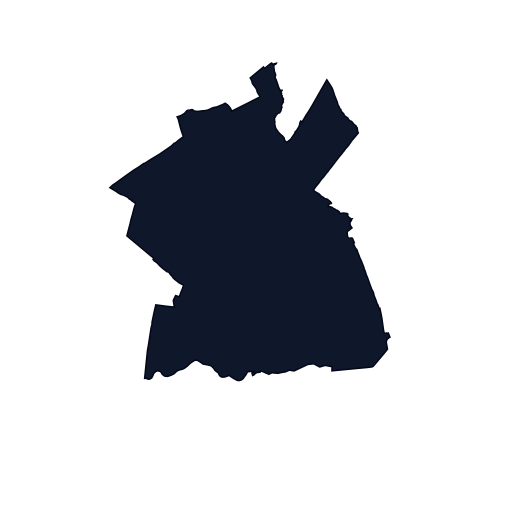 Buhusi, Neamt, Romania, rotated 323°
{"feature_id": "2599482B92541433330507", "entity_name": "Buhusi", "entity_type": "district", "adm_level": 2, "iso_a3": "ROU", "parent_name": "Romania", "parent_adm1": "Neamt", "projection": "natural_earth1", "projection_center": [26.718, 46.731], "detail": "fine", "context": "isolated", "style": "filled", "palette": "ink", "viewbox_px": 512, "rotation_deg": 323, "n_neighbors": 0, "source": "geoboundaries", "source_scale": "gbopen_adm2", "svg_char_len": 6143}
<svg xmlns="http://www.w3.org/2000/svg" viewBox="0 0 512 512"><g transform="rotate(323 256 256)"><path d="M314.1,401.5L315.3,397.1L314.4,396.7L313.7,395.9L312.0,395.4L312.5,393.5L314.0,390.6L319.0,381.6L321.0,377.6L323.5,372.2L322.7,371.8L323.1,371.0L324.0,368.1L323.7,367.9L324.9,364.5L326.6,358.4L327.0,357.3L327.5,356.7L328.2,354.0L328.4,352.2L330.4,345.6L332.1,340.2L332.7,337.7L334.2,333.4L334.7,331.3L335.3,330.1L336.8,324.7L337.4,322.3L337.8,320.2L338.0,319.5L338.8,316.9L339.0,316.0L340.4,311.4L340.2,310.1L340.3,308.7L341.4,304.2L342.5,304.6L343.7,300.0L343.6,299.6L343.3,299.2L342.0,298.4L341.3,298.1L340.9,297.9L340.7,297.3L340.7,296.4L340.9,295.5L341.3,294.7L342.1,293.4L343.3,291.7L343.9,291.5L344.6,291.3L345.2,291.5L349.6,291.3L349.6,290.0L349.7,289.5L349.6,288.8L349.9,287.9L350.9,286.2L351.6,285.7L351.7,285.3L351.8,285.2L352.0,285.4L352.4,285.0L353.0,284.8L353.1,285.2L353.5,285.1L354.2,284.4L355.1,284.1L354.0,283.4L353.8,283.0L354.0,282.3L353.7,281.9L353.4,280.1L353.4,279.4L353.6,278.9L354.5,277.9L354.6,277.4L354.2,276.7L351.7,274.3L350.6,273.6L349.8,273.3L349.4,273.0L348.8,272.8L348.6,272.4L349.0,271.4L349.0,270.5L348.7,269.6L348.7,268.9L348.4,268.4L348.1,268.2L347.7,267.6L347.3,266.2L346.6,264.6L346.1,264.3L346.1,263.7L346.2,263.2L344.3,260.5L343.4,259.9L344.4,259.1L345.4,258.7L346.0,258.6L346.6,258.8L347.6,259.4L348.1,259.2L348.0,256.9L347.6,255.6L347.3,253.9L346.9,253.2L345.8,252.1L345.5,251.3L344.7,248.8L344.2,247.9L343.8,244.7L343.1,242.8L342.1,240.6L341.7,239.0L341.5,237.7L342.0,237.7L342.6,237.6L344.8,236.8L350.2,235.5L354.2,234.2L357.9,233.5L362.3,232.2L364.2,231.9L366.5,231.1L370.6,230.1L376.9,228.3L383.1,226.6L385.2,226.2L387.6,225.5L390.2,224.9L392.0,224.2L393.7,224.0L396.8,223.3L398.3,222.7L400.0,222.3L400.8,221.8L411.8,219.3L412.1,218.0L412.4,217.2L413.0,216.2L414.0,214.5L413.9,213.9L413.9,213.1L414.2,212.4L413.5,210.0L413.5,209.2L413.4,207.4L413.4,206.5L413.3,206.0L412.5,204.7L412.3,204.2L412.1,202.0L412.4,201.0L412.4,200.7L412.0,200.0L411.7,199.6L411.7,199.1L411.6,198.6L411.2,197.5L411.3,196.5L411.4,195.8L411.7,194.9L411.6,194.6L411.3,194.0L411.2,193.8L411.4,193.5L411.4,193.2L411.2,192.3L411.4,191.2L411.6,190.6L412.0,190.0L411.6,189.1L411.9,187.8L412.2,186.7L412.4,184.8L413.6,181.7L414.2,179.6L415.4,175.1L416.8,171.1L417.8,168.0L418.1,165.6L418.6,157.9L391.4,169.6L386.0,171.8L380.7,173.7L378.3,174.7L373.7,176.6L372.9,175.1L371.4,175.9L369.9,177.3L369.1,177.9L367.3,178.9L362.7,180.6L362.4,180.3L361.7,180.5L361.6,181.1L356.5,182.8L353.7,183.7L350.3,183.7L348.8,183.8L348.7,182.1L348.5,181.1L348.9,179.8L349.4,179.0L349.5,178.4L349.4,176.1L348.9,174.3L348.4,170.6L348.6,166.2L348.7,165.6L349.5,163.7L350.2,162.3L350.5,161.6L351.7,160.4L352.1,159.7L352.5,158.8L353.2,157.9L353.2,157.4L353.4,157.1L355.3,156.5L356.7,155.7L359.6,155.2L360.0,155.3L360.7,155.8L361.1,155.9L361.9,155.5L362.8,155.3L363.6,154.8L364.1,154.3L365.0,153.6L365.4,153.1L365.5,153.1L366.0,153.1L366.2,152.9L366.4,152.5L366.5,151.9L367.2,151.0L367.4,150.8L369.0,150.1L369.4,149.8L370.5,149.6L370.6,149.4L370.4,148.8L370.6,148.5L371.6,148.1L371.7,147.9L371.8,147.4L372.3,147.3L372.5,147.0L372.6,145.7L372.2,145.2L372.2,144.9L373.1,144.2L373.4,143.8L373.3,142.7L373.5,142.0L374.0,141.8L374.3,141.5L374.5,141.1L374.5,139.9L376.6,139.4L376.6,139.2L375.1,139.0L374.9,138.8L375.2,138.1L375.3,136.4L375.9,134.0L376.6,132.2L378.3,126.9L378.4,125.0L379.6,124.2L380.5,123.4L381.0,122.5L381.4,121.2L381.7,119.7L382.3,118.9L383.4,116.8L384.2,115.5L384.9,114.7L385.3,114.4L387.7,114.6L388.4,114.3L388.3,114.2L386.9,113.9L386.3,113.4L384.9,113.1L384.7,112.9L384.7,111.3L382.9,111.1L375.7,111.4L375.8,109.5L358.5,110.3L358.4,111.8L357.7,114.4L357.2,115.3L356.9,116.4L356.9,120.6L356.9,122.0L356.5,124.1L356.2,124.6L355.8,125.4L355.4,127.6L355.2,131.4L347.0,129.9L345.0,129.6L323.8,125.7L324.3,123.7L324.5,121.7L324.4,119.8L324.2,118.0L323.8,117.2L323.6,116.1L323.4,115.5L323.1,115.4L320.1,114.9L318.5,114.4L314.6,113.4L311.0,111.7L309.9,111.4L306.4,110.7L304.3,110.0L303.0,109.3L299.6,107.2L297.2,105.9L295.8,104.9L294.1,103.2L293.6,102.3L293.6,101.4L293.2,100.7L292.6,100.3L291.4,99.9L289.4,98.6L288.6,98.4L287.8,98.4L284.7,99.1L282.1,98.8L280.5,98.7L279.0,98.1L276.7,97.4L276.4,99.6L273.4,106.7L271.8,110.8L269.8,117.0L264.3,116.9L259.7,117.2L258.6,116.7L254.4,117.2L240.3,116.6L231.0,115.6L223.0,115.0L221.9,114.5L216.6,114.4L209.5,113.8L199.5,113.5L187.3,113.3L184.1,113.1L180.4,113.5L183.1,120.1L184.0,123.0L185.2,125.6L186.7,127.5L187.7,129.5L188.5,131.1L189.0,132.5L189.1,134.1L189.9,136.0L190.1,137.5L191.1,140.2L191.2,141.8L190.7,142.3L189.3,143.1L187.3,144.5L182.7,148.2L177.8,151.9L175.0,154.3L165.0,162.2L172.1,192.7L173.1,196.2L171.7,196.7L171.7,198.2L172.9,202.1L173.2,205.6L174.0,209.7L175.4,214.9L176.5,216.3L176.6,217.1L176.5,219.4L176.8,222.0L176.7,224.0L177.0,225.6L177.4,227.2L178.1,229.7L178.2,230.6L180.6,235.8L177.1,238.1L174.5,239.6L170.2,242.4L168.0,239.2L163.3,241.6L162.2,243.4L160.1,247.7L153.9,241.9L146.6,234.7L140.4,239.9L133.0,246.4L131.9,247.9L128.7,250.5L117.0,261.9L112.3,266.3L93.4,286.7L94.4,287.3L95.3,288.8L96.1,289.9L97.3,290.4L99.3,290.6L101.1,289.8L102.9,288.7L104.5,288.0L106.6,288.0L108.5,288.5L109.8,290.3L110.3,291.3L110.0,293.5L110.3,295.8L111.0,297.3L113.0,299.0L116.7,300.2L119.7,300.7L123.8,300.3L126.5,301.0L129.6,302.3L131.8,302.6L135.0,302.6L138.8,302.1L141.6,302.2L144.5,302.5L146.4,304.0L147.9,307.8L148.6,310.3L152.5,314.6L154.1,316.8L154.6,320.1L154.4,322.8L155.6,327.0L155.0,328.9L155.1,330.8L156.1,332.4L158.0,333.7L161.4,334.9L162.5,334.9L164.6,340.8L166.2,344.1L167.6,345.4L169.8,346.2L171.8,346.2L177.0,344.6L179.5,343.3L185.2,346.9L184.4,348.0L182.4,347.0L181.4,349.4L182.7,349.7L184.9,349.4L187.2,349.8L188.2,350.7L189.6,351.2L190.2,350.5L190.7,350.8L191.5,351.9L192.6,353.7L193.6,355.7L194.6,357.2L195.0,358.2L198.9,358.9L199.2,359.6L203.1,363.0L206.7,364.6L209.6,366.2L214.0,367.3L217.2,370.7L232.1,373.8L237.2,376.8L240.1,383.0L245.4,385.0L250.1,390.2L247.5,393.4L259.6,400.8L277.6,411.9L282.1,414.5L283.4,414.6L301.7,410.4L305.0,409.5L308.1,403.3L309.5,402.0L311.1,401.4L313.3,401.3L314.1,401.5Z" fill="#0f172a" stroke="#020617" stroke-width="1.5"/></g></svg>